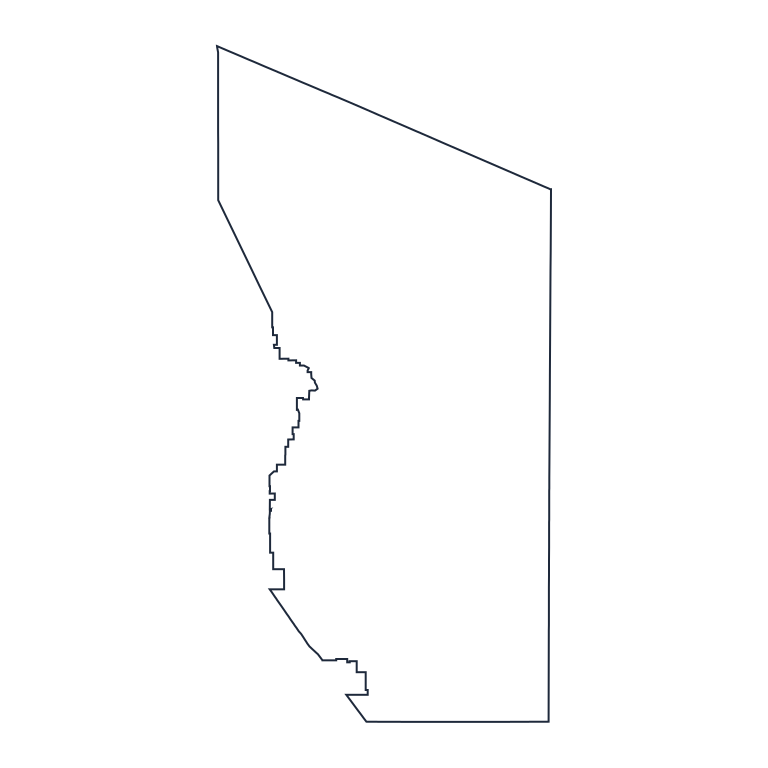 the district of Yilgarn, Western Australia, Australia
{"feature_id": "25037944B56581938984526", "entity_name": "Yilgarn", "entity_type": "district", "adm_level": 2, "iso_a3": "AUS", "parent_name": "Australia", "parent_adm1": "Western Australia", "projection": "robinson", "projection_center": [119.083, -30.908], "detail": "fine", "context": "isolated", "style": "outline", "palette": "slate", "viewbox_px": 768, "rotation_deg": 0, "n_neighbors": 0, "source": "geoboundaries", "source_scale": "gbopen_adm2", "svg_char_len": 3889}
<svg xmlns="http://www.w3.org/2000/svg" viewBox="0 0 768 768"><path d="M551.0,189.2L550.1,189.2L549.3,188.8L548.5,188.4L544.4,186.7L521.0,176.6L446.1,144.2L440.8,141.9L421.1,133.3L419.8,132.7L417.1,131.6L393.3,121.3L378.7,115.0L366.4,109.6L344.8,100.3L341.7,99.0L338.5,97.6L332.1,95.0L329.0,93.6L326.8,92.7L320.5,90.1L317.3,88.7L314.2,87.4L307.8,84.7L302.5,82.5L298.3,80.7L297.2,80.2L296.2,79.8L294.1,78.9L292.0,78.0L289.8,77.1L285.6,75.3L281.4,73.5L279.3,72.6L278.2,72.2L277.2,71.7L271.9,69.5L270.8,69.0L269.8,68.6L265.5,66.8L261.3,65.0L258.1,63.6L253.9,61.8L248.6,59.6L244.4,57.8L241.2,56.4L238.1,55.1L233.9,53.3L229.6,51.5L227.5,50.6L223.3,48.8L219.1,47.0L217.0,46.1L217.1,47.0L218.1,52.4L218.1,75.2L218.1,85.4L218.1,103.6L218.1,120.6L218.1,132.0L218.2,143.3L218.2,154.7L218.2,185.0L218.2,200.2L251.2,268.6L258.9,284.7L272.2,312.1L272.2,325.4L272.2,327.3L273.0,327.3L273.0,335.1L276.9,335.1L276.9,338.2L276.9,344.8L273.9,344.8L274.3,348.0L279.6,348.0L279.6,351.7L279.6,354.4L279.6,358.7L279.6,358.8L288.4,358.7L288.4,360.4L289.5,360.4L296.1,360.3L296.1,362.9L299.9,362.9L299.9,365.5L303.9,365.5L308.7,368.0L308.8,368.1L307.6,370.5L307.6,372.1L311.2,372.1L311.2,374.0L311.5,378.0L314.7,380.6L314.9,382.6L316.7,385.6L316.8,385.8L317.6,388.7L315.0,390.6L311.6,390.4L309.3,390.8L309.0,397.9L309.0,399.4L307.9,399.4L303.1,399.4L303.0,398.0L296.9,398.0L296.9,409.8L297.9,409.6L299.3,413.3L299.3,416.2L299.3,420.9L298.5,420.9L298.5,423.3L298.5,427.4L296.1,427.4L292.6,427.4L292.6,434.1L293.7,434.1L293.7,439.4L288.2,439.5L288.2,446.8L285.4,446.8L285.4,454.9L285.2,455.2L285.2,457.6L285.2,464.7L278.4,464.7L276.9,464.7L276.9,469.5L276.9,471.4L274.0,471.4L273.2,472.1L271.0,474.1L270.3,474.8L269.5,475.5L269.5,477.7L269.5,480.0L269.5,481.3L269.5,486.2L270.0,486.2L270.0,491.1L269.7,491.1L269.7,493.6L274.8,493.5L274.8,497.4L274.8,499.9L269.9,499.9L269.9,500.1L269.8,509.3L270.2,509.2L270.1,509.3L270.1,509.5L270.3,509.7L270.6,509.7L270.8,509.7L271.0,509.7L271.0,510.2L271.0,510.7L271.0,510.8L269.9,510.8L269.8,513.9L269.3,517.8L269.5,517.8L269.3,519.3L269.3,533.5L270.1,533.5L270.1,552.7L271.1,552.7L272.4,552.7L273.2,552.7L273.2,553.9L273.2,569.2L277.2,569.2L284.0,569.2L284.1,579.3L284.1,584.5L284.1,589.3L282.2,589.3L277.1,589.3L269.7,589.3L271.8,592.2L272.0,592.5L272.6,593.4L275.1,597.1L276.3,598.7L276.8,599.6L278.5,602.0L280.9,605.4L283.6,609.3L286.8,614.0L288.2,615.9L288.9,616.9L290.1,618.8L292.9,622.8L293.2,623.2L293.6,623.7L294.8,625.6L296.8,628.3L297.4,629.3L297.8,629.8L298.1,630.3L298.7,631.2L299.3,631.9L299.9,632.5L301.2,634.0L303.3,637.2L305.0,639.9L306.2,641.7L307.3,643.5L307.9,644.3L309.6,646.6L310.1,647.0L312.4,649.2L316.3,652.8L317.9,654.2L321.8,659.4L322.5,660.2L322.5,660.3L336.2,660.3L336.2,659.0L343.7,659.0L344.9,659.0L345.0,659.0L347.2,659.0L347.2,660.9L347.2,662.3L349.7,662.3L349.6,661.2L353.2,661.2L356.7,661.2L356.7,665.1L356.7,668.3L356.7,668.8L356.7,672.2L359.2,672.2L360.3,672.2L365.7,672.2L365.7,690.0L367.7,690.0L367.7,694.5L367.7,694.8L362.3,694.8L357.6,694.8L351.6,694.8L346.3,694.8L356.5,708.5L358.2,710.8L360.5,713.8L363.8,718.3L366.4,721.7L366.6,721.7L382.8,721.8L436.3,721.9L453.7,721.9L461.7,721.9L464.0,721.9L480.8,721.9L481.8,721.9L489.0,721.9L491.3,721.9L548.6,721.7L548.7,678.6L548.8,633.9L548.8,630.7L548.9,625.1L548.9,623.9L548.9,611.5L548.9,610.4L548.9,605.9L548.9,602.4L548.9,601.3L548.9,588.5L548.9,587.3L549.0,575.7L549.0,574.5L549.0,561.7L549.0,560.6L549.1,547.8L549.1,546.6L549.1,533.8L549.1,530.3L549.1,529.2L549.1,526.8L549.1,525.7L549.1,523.4L549.1,522.2L549.2,519.9L549.2,518.7L549.2,516.4L549.2,515.2L549.2,505.9L549.2,504.8L549.2,502.4L549.2,501.3L549.2,498.9L549.2,497.8L549.2,495.4L549.2,490.8L549.3,488.5L549.3,487.3L549.3,483.8L549.3,481.5L549.3,478.0L549.3,477.5L549.4,464.9L549.8,398.8L549.9,373.8L550.1,340.9L550.3,305.6L550.5,270.4L550.7,251.6L550.9,214.6L551.0,189.2Z" fill="none" stroke="#1e293b" stroke-width="2"/></svg>